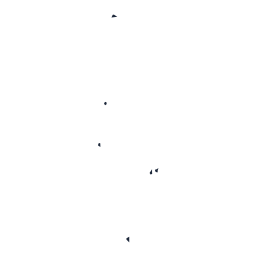 outline of Kaafu
{"feature_id": "MDV-5230", "entity_name": "Kaafu", "entity_type": "Atoll", "adm_level": 1, "iso_a3": "MDV", "parent_name": "Maldives", "parent_adm1": "", "projection": "natural_earth1", "projection_center": [73.522, 4.408], "detail": "coarse", "context": "isolated", "style": "filled", "palette": "slate", "viewbox_px": 256, "rotation_deg": 0, "n_neighbors": 0, "source": "natural_earth", "source_scale": "10m", "svg_char_len": 689}
<svg xmlns="http://www.w3.org/2000/svg" viewBox="0 0 256 256"><path d="M128.5,238.0L128.5,240.6L127.7,239.8L127.2,239.3L127.2,238.7L127.8,238.4L128.5,238.0ZM115.1,16.3L112.7,16.6L113.2,15.5L113.7,15.4L114.3,15.8L115.1,16.3ZM157.1,169.8L156.9,170.4L157.0,171.1L156.9,171.5L156.6,171.4L156.2,171.3L155.8,170.3L156.0,170.1L156.6,170.1L157.1,169.8ZM99.5,143.3L99.6,145.6L98.9,145.2L98.9,144.7L99.2,144.1L99.5,143.3ZM105.7,102.2L105.7,102.9L105.9,103.5L105.8,103.9L105.3,104.2L104.9,103.5L105.0,103.2L105.4,102.8L105.7,102.2ZM151.3,171.7L151.3,172.4L151.4,173.0L151.4,173.4L150.9,173.6L150.5,173.0L150.6,172.6L150.9,172.3L151.3,171.7Z" fill="#64748b" stroke="#1e293b" stroke-width="1.5"/></svg>